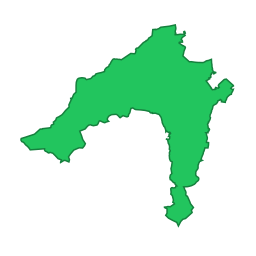 Dezna, Arad, Romania (Equal Earth projection), rotated 177°
{"feature_id": "2599482B61534959495049", "entity_name": "Dezna", "entity_type": "district", "adm_level": 2, "iso_a3": "ROU", "parent_name": "Romania", "parent_adm1": "Arad", "projection": "equal_earth", "projection_center": [22.259, 46.427], "detail": "fine", "context": "isolated", "style": "filled", "palette": "green", "viewbox_px": 256, "rotation_deg": 177, "n_neighbors": 0, "source": "geoboundaries", "source_scale": "gbopen_adm2", "svg_char_len": 5725}
<svg xmlns="http://www.w3.org/2000/svg" viewBox="0 0 256 256"><g transform="rotate(177 128 128)"><path d="M215.8,131.5L221.7,126.7L231.6,124.0L235.2,123.1L235.5,122.1L235.5,121.4L234.9,120.2L234.5,119.8L233.4,119.4L232.7,118.8L231.4,116.9L230.4,115.8L229.8,115.4L228.8,114.3L227.6,112.7L226.8,111.3L212.4,111.6L212.5,110.4L212.4,110.1L211.8,109.2L210.4,108.6L209.5,107.7L208.8,107.5L208.5,107.2L208.2,107.2L207.5,107.6L207.0,107.6L206.6,107.6L205.7,107.2L204.6,106.9L203.7,106.1L203.3,105.5L202.4,104.6L199.4,101.0L196.2,99.7L197.1,97.4L197.1,97.1L193.6,99.0L192.1,98.8L188.8,97.2L188.1,99.3L188.9,102.3L186.9,105.0L183.3,108.8L177.9,110.8L174.4,110.4L172.4,112.6L171.4,114.6L173.8,118.8L174.8,122.7L176.4,127.4L170.8,129.3L168.6,131.7L167.1,132.9L165.2,133.2L164.1,132.6L162.4,132.1L158.8,132.6L157.8,133.7L156.5,136.3L155.7,136.7L152.2,134.9L150.9,134.5L149.5,135.1L147.0,135.7L147.5,136.2L148.2,137.4L148.2,138.3L147.5,139.7L146.2,141.1L143.7,142.2L139.8,142.3L138.9,142.2L137.8,141.5L136.0,139.4L135.8,139.0L135.3,138.7L132.4,140.6L129.0,139.3L128.3,139.2L127.1,139.7L126.6,141.5L125.4,143.1L124.1,147.4L123.4,147.5L122.4,147.8L121.5,147.4L120.6,146.6L119.3,146.0L114.3,145.4L110.1,144.7L105.7,143.4L105.3,142.6L104.8,142.0L104.3,141.9L103.0,142.0L103.0,141.4L102.8,141.3L100.0,141.4L96.1,139.8L94.3,136.7L93.6,132.9L93.5,131.4L92.0,127.6L91.3,127.1L90.5,124.2L90.4,122.1L89.5,122.9L87.3,121.0L86.5,121.6L85.9,120.9L85.8,120.2L87.4,119.1L87.4,118.2L87.9,117.5L87.2,117.5L86.8,117.3L86.9,115.7L87.1,115.2L87.6,114.6L88.7,114.6L90.7,115.2L89.0,114.0L88.5,110.4L87.6,109.0L87.7,108.5L87.5,107.5L87.5,106.6L87.7,105.7L87.8,104.4L87.1,103.5L87.0,102.9L87.6,102.1L88.0,101.1L87.9,99.5L88.2,98.5L88.1,95.1L87.8,94.1L87.3,92.9L85.6,91.8L86.6,87.0L87.2,85.2L86.6,80.2L88.2,78.7L88.8,76.3L88.5,74.2L87.6,73.8L85.4,71.1L84.2,70.9L83.9,69.4L82.3,67.6L83.2,67.5L83.8,66.0L86.0,65.7L86.6,66.1L87.7,66.0L88.5,65.1L88.3,61.5L88.7,59.7L87.3,58.2L86.4,53.7L87.1,51.4L86.1,50.9L85.6,49.8L89.9,47.2L92.4,47.5L93.3,47.2L95.7,47.1L95.7,46.7L93.2,45.2L93.5,40.8L94.9,38.8L92.3,35.9L88.9,33.8L84.2,31.2L82.8,27.5L80.2,31.9L78.0,34.0L75.3,34.6L68.4,40.2L69.0,42.7L66.8,45.2L69.5,49.0L70.2,51.3L72.3,56.8L72.8,56.8L73.4,57.4L73.8,58.2L73.5,60.8L74.0,62.5L74.6,63.4L74.8,64.5L75.5,66.3L71.6,66.3L69.4,66.7L67.6,67.1L64.8,68.3L63.6,69.2L62.8,70.3L60.9,71.6L60.3,72.3L60.0,73.2L60.0,74.0L60.1,74.5L60.7,75.2L61.5,75.7L62.2,76.4L62.7,77.0L62.8,77.8L62.6,80.6L62.0,81.7L60.5,83.5L60.1,84.4L60.1,85.4L59.9,87.5L59.5,88.1L59.1,89.4L58.6,90.0L58.4,90.6L57.6,91.1L57.2,91.1L56.7,91.5L56.2,91.5L55.5,91.8L56.8,92.4L55.9,95.0L54.3,98.3L53.9,100.0L53.3,101.0L52.2,104.1L49.2,103.9L48.5,106.8L48.3,109.2L50.4,109.5L50.1,111.5L49.4,112.9L49.3,114.6L49.7,115.7L50.0,117.3L49.9,118.4L50.5,119.2L48.3,119.1L48.3,120.3L47.3,120.9L47.2,121.3L47.0,121.7L46.7,122.1L46.8,122.7L47.1,123.2L47.8,123.2L48.2,127.0L48.4,127.3L48.2,128.1L47.5,128.8L47.2,129.2L47.5,129.7L46.4,130.8L45.8,132.0L45.4,132.9L45.1,134.1L45.6,134.7L45.6,135.2L45.2,137.2L44.5,138.2L43.7,140.2L43.7,141.0L42.9,142.3L42.4,143.7L42.1,145.3L41.0,146.4L38.3,147.7L37.7,148.7L37.4,148.9L36.9,150.0L36.7,150.2L36.7,150.6L35.0,151.0L34.4,151.7L34.2,151.6L33.7,151.2L33.5,150.7L33.1,150.6L33.1,150.2L33.3,149.3L29.5,148.5L29.2,150.0L28.3,151.1L27.8,152.7L27.0,153.9L24.7,155.8L23.0,156.3L22.8,157.4L21.4,159.6L20.8,161.1L21.6,160.9L23.3,162.2L22.1,163.6L20.5,164.5L20.6,165.0L27.3,171.7L27.9,171.6L29.0,171.5L29.9,171.0L31.0,170.0L34.7,167.0L35.5,165.9L35.5,165.6L35.4,164.9L35.3,164.4L34.8,163.9L35.8,163.0L36.2,163.1L37.6,163.7L38.4,163.9L38.8,163.0L38.6,162.9L38.3,162.2L39.2,161.8L39.8,162.0L41.8,161.8L43.0,163.5L42.7,163.6L47.5,171.0L44.0,172.8L44.7,173.6L44.3,174.0L43.2,174.0L42.6,174.4L42.6,175.5L42.8,175.9L42.7,176.5L41.9,177.2L42.0,177.9L41.7,178.3L40.9,178.8L40.6,178.7L39.8,178.1L39.7,177.6L39.3,177.6L38.9,178.0L38.6,178.1L38.3,178.5L37.6,178.5L37.5,178.9L38.8,179.4L39.7,179.5L40.0,180.0L40.2,180.5L40.3,181.3L40.8,182.0L40.5,182.6L40.9,184.8L40.9,187.3L41.1,188.3L41.1,192.2L44.3,191.2L45.6,191.1L47.0,190.6L48.0,189.9L49.6,189.4L54.8,189.8L57.2,190.1L61.4,190.9L63.3,190.9L69.3,197.0L69.1,198.2L68.7,199.3L68.1,201.7L66.5,205.2L66.9,206.3L67.4,206.4L68.3,207.2L68.9,207.2L69.1,207.5L69.4,207.6L69.8,208.1L70.6,208.5L71.0,209.0L72.5,210.1L72.4,210.8L72.0,211.0L69.1,210.9L69.1,212.0L69.3,212.6L70.2,213.5L69.7,214.7L69.2,215.5L66.2,217.4L66.4,217.6L66.5,219.1L65.8,219.7L66.4,221.5L66.9,221.4L67.3,221.1L67.0,219.5L67.1,219.0L67.3,218.8L68.3,218.6L71.0,218.9L73.5,218.6L74.2,218.7L76.0,218.7L76.0,219.2L75.7,219.9L75.3,220.2L75.8,221.2L75.8,222.0L75.1,224.3L75.0,225.4L75.4,228.5L81.4,227.5L90.1,226.9L90.7,226.4L91.1,226.3L91.6,225.8L94.7,224.8L95.5,224.8L95.5,225.1L98.1,225.0L98.6,221.9L99.1,218.9L101.2,217.4L102.5,216.8L103.6,215.1L104.0,214.8L105.4,214.3L105.5,214.1L105.4,213.9L108.3,212.4L112.6,208.4L113.8,207.4L115.4,207.2L116.3,206.2L115.9,204.9L116.5,203.1L117.0,202.0L117.8,201.8L121.3,202.3L131.0,196.5L133.0,197.0L134.1,197.0L135.5,197.4L137.2,197.4L138.3,197.8L139.6,197.3L141.4,194.9L142.4,193.0L143.4,192.2L143.8,191.0L144.3,190.3L146.3,189.4L147.2,188.6L148.2,187.3L148.5,185.6L152.0,184.7L154.7,184.3L157.2,183.7L158.5,182.0L160.4,181.5L161.9,179.8L163.0,179.2L165.3,178.8L167.0,178.5L167.7,179.2L168.3,180.0L169.7,180.3L171.4,180.6L173.6,180.4L175.0,180.1L176.1,179.2L177.2,176.5L177.6,173.4L178.0,166.5L180.5,164.4L182.1,160.9L183.7,160.6L183.7,160.3L182.7,160.2L185.8,154.2L185.7,152.0L189.5,148.7L191.8,146.1L193.3,144.6L196.9,142.6L198.2,142.2L199.0,141.6L199.6,139.9L201.2,138.4L202.2,137.8L202.0,136.2L202.1,135.7L204.2,135.0L204.7,134.3L205.1,132.5L206.6,132.2L213.5,131.8L213.8,131.4L215.8,131.5Z" fill="#22c55e" stroke="#15803d" stroke-width="1.5"/></g></svg>